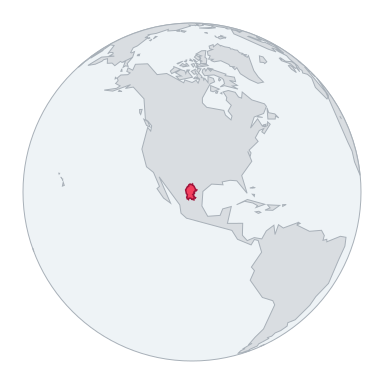 Coahuila highlighted on a globe, orthographic projection
{"feature_id": "MEX-2708", "entity_name": "Coahuila", "entity_type": "State", "adm_level": 1, "iso_a3": "MEX", "parent_name": "Mexico", "parent_adm1": "", "projection": "orthographic", "projection_center": [-101.519, 27.229], "detail": "fine", "context": "on_globe", "style": "filled", "palette": "rose", "viewbox_px": 384, "rotation_deg": 0, "n_neighbors": 0, "source": "natural_earth", "source_scale": "10m", "svg_char_len": 11247}
<svg xmlns="http://www.w3.org/2000/svg" viewBox="0 0 384 384"><circle cx="192" cy="192" r="169" fill="#eef3f6" stroke="#a8b0b8"/><path d="M32.9,248.4L33.3,249.6L32.9,248.4ZM258.2,240.5L254.4,239.5L251.1,244.9L237.5,239.3L231.9,230.4L186.5,218.2L181.0,213.2L179.8,204.9L159.1,176.8L170.6,203.2L163.6,198.1L157.0,188.6L159.5,186.4L153.5,172.4L146.5,166.8L141.9,149.1L147.7,127.4L150.7,131.1L151.7,125.9L148.0,121.2L145.4,119.4L144.0,98.8L133.3,87.1L125.4,88.4L130.6,84.6L112.8,91.1L104.2,90.1L116.7,88.3L120.1,85.9L115.6,83.5L118.1,80.7L117.3,78.0L120.8,75.0L127.8,74.7L130.1,72.9L126.8,71.4L128.1,67.8L132.7,70.2L135.4,64.3L147.7,63.8L157.1,74.6L166.7,73.5L183.7,82.8L184.9,80.0L192.1,82.5L196.1,80.3L198.1,83.1L199.7,79.1L197.1,77.0L196.9,74.6L199.0,73.3L201.9,76.5L201.3,77.6L203.3,77.9L203.8,80.1L204.8,78.3L208.0,82.6L208.0,76.5L213.3,78.4L214.6,81.8L210.2,83.8L202.4,98.0L202.4,102.9L206.7,107.3L223.8,110.4L225.5,115.2L231.0,119.9L232.0,116.0L228.1,111.0L231.3,105.3L226.2,100.3L226.8,97.5L223.2,91.9L228.3,90.5L235.2,92.3L238.5,97.0L241.6,98.1L242.2,92.0L251.8,99.9L264.4,103.8L266.4,106.4L263.6,113.5L254.2,117.0L250.5,128.1L257.6,118.8L262.4,126.2L265.2,126.7L267.6,125.4L267.6,121.9L270.2,124.2L264.3,133.7L261.8,131.8L263.7,128.6L259.3,130.5L255.3,137.8L258.1,141.4L249.1,150.1L251.0,152.9L250.1,156.7L247.7,151.4L251.8,161.3L241.7,175.5L247.1,193.3L236.8,180.8L230.0,180.3L222.2,181.9L223.0,184.8L211.6,184.1L202.9,191.4L201.9,206.0L207.7,216.3L220.1,215.4L222.7,208.9L231.3,206.5L227.4,223.4L242.7,223.3L242.4,235.3L247.2,240.6L254.3,237.6L261.8,238.9L266.3,230.9L273.9,225.2L275.0,234.5L278.5,224.7L283.3,228.0L297.9,222.6L297.0,225.1L309.5,231.3L321.5,230.3L324.3,235.5L323.0,240.3L326.8,239.3L326.8,241.8L340.4,236.3L346.0,237.3L344.9,246.1L338.4,260.3L328.5,283.4L315.8,296.6L309.8,305.3L295.1,319.8L287.8,322.7L287.1,326.1L280.7,330.6L275.2,332.9L271.8,336.1L267.6,337.6L268.7,338.5L258.5,344.0L257.5,345.9L249.3,349.6L248.8,350.4L246.9,350.9L244.0,351.9L242.6,352.6L238.3,353.1L240.8,350.7L245.1,348.6L242.6,349.0L252.1,343.3L248.3,345.0L255.1,337.2L263.5,329.0L274.7,304.9L272.8,300.7L262.4,297.5L250.2,280.2L254.5,270.7L251.4,267.1L261.6,252.2L258.2,240.5ZM62.4,186.1L63.2,182.2L64.3,185.4L62.4,186.1ZM62.7,179.4L62.6,180.8L62.4,179.6L62.7,179.4ZM61.8,178.2L62.4,179.1L61.6,178.5L61.8,178.2ZM60.6,177.0L61.3,177.5L61.2,177.6L60.6,177.0ZM247.4,199.5L264.8,204.3L256.0,207.5L257.5,205.6L252.9,203.0L244.6,201.3L236.6,204.7L247.4,199.5ZM59.1,174.1L58.8,173.2L59.6,173.3L59.1,174.1ZM252.7,188.1L249.8,188.0L252.5,187.3L252.7,188.1ZM143.8,119.2L147.7,121.5L150.1,127.0L146.5,125.4L143.8,119.2ZM139.6,109.5L142.1,109.4L140.7,114.5L139.7,112.9L139.6,109.5ZM119.3,90.3L122.0,91.5L118.5,91.4L119.3,90.3ZM116.6,78.2L115.1,78.9L115.4,77.3L116.6,78.2ZM220.6,93.2L221.9,92.6L221.9,93.9L220.6,93.2ZM217.9,91.4L217.0,93.4L215.5,92.9L216.1,91.7L217.9,91.4ZM120.8,71.3L121.8,68.8L122.0,71.3L120.8,71.3ZM219.3,89.1L213.1,91.8L210.6,90.9L210.7,85.6L219.3,89.1ZM123.1,67.3L125.3,61.6L122.0,62.4L132.6,57.3L127.2,63.6L128.1,66.4L125.6,65.8L123.1,67.3ZM195.3,76.9L198.2,79.1L193.8,78.6L195.3,76.9ZM192.5,77.2L179.4,79.9L176.2,76.3L181.3,76.0L175.6,72.8L180.5,69.7L184.8,70.8L185.8,73.6L186.9,70.3L192.5,77.2ZM138.1,55.7L139.6,54.4L139.3,55.7L138.1,55.7ZM196.4,73.6L194.1,74.3L191.2,71.3L195.4,69.3L195.0,70.9L196.4,73.6ZM171.7,73.6L170.3,71.1L173.9,67.9L173.8,66.6L180.4,69.3L171.7,73.6ZM196.7,71.0L197.6,68.5L201.0,68.8L198.6,72.8L196.7,71.0ZM188.6,71.4L187.5,69.9L189.5,70.0L188.6,71.4ZM213.3,69.1L210.5,69.7L208.8,68.1L213.3,69.1ZM197.8,67.5L196.6,67.4L195.6,67.0L196.9,65.5L197.8,67.5ZM182.5,67.0L184.3,66.3L180.0,65.7L182.5,63.5L186.4,65.8L185.8,63.9L186.6,63.2L188.9,65.9L182.5,67.0ZM195.1,62.6L201.0,65.2L206.5,64.3L208.2,65.6L199.0,67.0L195.1,62.6ZM191.3,64.3L194.0,63.5L194.8,65.4L193.3,67.1L191.3,64.3ZM182.8,61.2L177.9,64.0L177.2,63.4L182.8,61.2ZM196.6,61.9L195.2,61.4L196.9,61.7L196.6,61.9ZM186.9,61.0L185.3,61.9L184.5,61.3L186.9,61.0ZM193.6,59.5L195.5,60.3L194.6,61.4L193.6,59.5ZM190.4,59.8L189.8,58.7L193.1,61.3L189.8,60.4L190.4,59.8ZM186.5,60.2L185.5,60.1L187.3,59.9L186.5,60.2ZM196.1,55.1L200.5,58.1L198.4,60.4L194.4,57.1L196.1,55.1ZM244.5,352.4L238.1,353.4L242.2,352.8L247.7,350.8L250.0,350.5L244.5,352.4ZM259.5,346.6L264.3,344.4L264.7,344.4L261.5,345.9L259.5,346.6ZM299.9,62.0L299.2,61.9L302.8,64.8L303.5,65.1L307.1,68.3L305.2,67.7L311.4,75.1L325.7,92.2L328.0,97.1L327.0,99.0L315.4,87.4L311.6,77.8L307.4,74.3L302.7,73.0L302.0,70.4L299.6,69.0L297.6,65.7L289.4,58.9L286.6,55.7L278.2,51.4L275.6,49.4L281.3,52.4L283.8,53.1L276.1,46.5L273.1,44.7L268.2,42.7L266.7,41.4L263.0,40.3L256.1,36.7L261.4,40.5L255.9,38.9L248.9,36.2L248.0,36.5L259.4,41.1L263.1,42.4L264.8,42.3L275.7,47.5L279.4,50.2L271.7,48.0L276.1,51.9L268.1,49.1L242.1,37.4L233.9,33.9L231.4,29.7L236.3,30.7L239.6,32.5L241.3,31.6L238.9,31.3L237.6,30.5L232.0,29.4L230.8,28.8L227.4,29.0L225.4,28.2L227.6,28.1L217.5,26.6L211.9,25.3L210.2,25.3L209.9,25.6L202.9,24.2L202.0,24.3L203.9,24.7L203.2,25.3L199.3,26.0L197.1,25.4L198.2,25.1L197.2,24.0L200.5,23.6L199.2,23.5L195.8,23.7L197.0,25.1L195.3,25.7L194.0,24.9L194.4,25.2L192.8,25.4L189.2,25.1L190.3,26.1L176.3,30.4L167.9,31.0L168.3,29.4L156.2,33.4L147.7,34.8L149.5,35.0L144.9,37.8L147.5,37.3L148.0,37.7L137.4,45.9L133.2,47.8L130.6,52.6L131.5,52.9L134.5,51.6L132.6,57.3L122.0,62.4L120.4,61.4L114.8,65.7L112.1,63.1L107.3,63.3L107.5,58.7L103.6,59.7L101.9,61.3L95.3,64.2L87.9,65.4L101.6,57.1L114.3,56.2L109.8,55.7L113.1,53.8L112.9,52.5L109.5,52.6L107.7,53.8L114.1,45.6L110.5,44.8L105.2,48.5L99.9,51.7L91.2,56.5L91.3,56.3L101.1,49.6L111.3,43.6L121.9,38.3L132.8,33.8L144.0,30.0L155.5,27.0L167.1,24.9L178.8,23.6L190.7,23.0L202.5,23.4L214.3,24.5L225.9,26.5L237.4,29.3L248.7,32.8L259.7,37.2L270.4,42.3L280.7,48.2L290.5,54.7L299.9,62.0ZM360.1,175.4L359.7,174.3L354.5,161.8L352.1,151.2L348.1,142.8L328.5,98.1L328.3,95.2L317.4,78.8L316.7,78.0L317.1,78.4L324.8,87.5L331.9,97.2L338.3,107.4L343.9,118.0L348.8,129.0L352.8,140.2L356.1,151.8L358.5,163.5L360.1,175.4ZM339.8,116.2L341.5,118.8L339.8,116.2ZM298.3,222.3L300.2,223.4L298.0,224.4L298.3,222.3ZM255.4,211.8L258.8,211.3L260.8,212.4L258.3,213.4L255.4,211.8ZM282.6,204.7L286.2,204.5L282.7,206.4L282.6,204.7ZM267.4,204.8L279.7,205.4L272.8,210.3L265.0,210.1L270.1,207.9L267.4,204.8ZM252.3,194.2L254.6,194.4L254.3,196.4L252.3,194.2ZM254.7,187.7L253.9,188.0L252.6,186.7L254.7,187.7ZM262.7,125.6L263.3,124.9L266.1,124.2L265.3,126.0L262.7,125.6ZM274.8,113.9L278.8,117.9L275.5,116.1L275.2,119.0L267.9,119.0L267.0,107.8L268.7,112.7L274.8,113.9ZM257.9,116.5L262.7,117.4L257.5,116.9L257.9,116.5ZM288.4,65.7L289.5,65.0L292.9,67.3L296.4,72.6L291.5,69.2L288.4,65.7ZM290.2,63.7L281.5,60.7L279.0,57.8L281.9,59.8L281.1,58.2L285.5,61.2L291.6,61.7L295.0,63.9L299.7,71.7L296.3,67.7L295.4,68.4L290.2,63.7ZM263.8,62.5L260.0,62.2L259.4,55.9L263.0,56.9L266.8,61.8L264.7,63.6L263.8,62.5ZM220.7,79.8L219.3,81.0L218.5,80.0L219.0,78.2L220.7,79.8ZM212.1,69.5L226.0,74.2L225.1,75.6L234.4,77.2L235.6,81.7L229.5,80.4L237.4,85.4L232.4,86.0L238.0,89.1L224.5,85.7L220.3,86.9L224.5,83.8L223.5,79.6L221.8,78.1L214.0,74.9L204.6,75.7L202.1,72.1L202.9,69.3L204.7,68.5L205.8,71.0L207.6,68.2L210.5,71.3L212.1,69.5ZM213.1,44.6L213.5,46.8L217.6,43.6L220.5,45.9L220.8,45.4L224.6,46.8L229.8,47.7L230.5,49.0L232.2,48.9L234.7,49.9L237.3,50.2L239.5,52.7L242.8,53.4L241.9,54.2L247.1,54.8L244.2,55.6L247.3,57.3L248.4,55.6L253.8,70.6L258.3,77.0L263.5,82.1L257.9,83.3L249.4,79.5L240.3,73.7L236.8,67.7L234.9,69.6L232.7,67.4L235.1,66.8L230.1,66.4L228.9,64.5L220.8,60.7L214.2,61.8L211.1,60.6L213.1,59.3L208.6,59.1L210.2,55.9L208.0,55.1L207.4,51.3L212.6,49.5L209.7,48.7L209.1,46.1L213.1,44.6ZM196.1,54.0L201.6,50.8L205.8,50.6L205.0,57.4L206.8,58.6L206.4,63.4L200.2,63.6L200.9,62.2L200.1,60.9L202.4,61.3L200.0,60.0L200.8,58.1L199.2,56.6L201.4,55.9L196.1,54.0ZM312.2,73.9L310.9,72.4L314.1,75.4L315.1,76.7L312.2,73.9ZM307.4,69.3L310.6,72.1L309.5,71.3L307.4,69.3ZM279.8,51.2L278.1,49.8L279.0,50.1L281.2,51.4L279.8,51.2ZM225.8,37.3L225.4,38.2L224.2,37.9L220.1,39.0L217.7,37.6L219.1,36.5L225.8,37.3ZM222.4,36.0L221.1,36.5L220.7,35.5L222.4,36.0ZM215.6,36.8L214.7,35.6L216.9,37.6L215.6,36.8ZM199.2,28.0L207.6,27.7L212.0,27.3L211.9,26.4L215.7,27.8L208.9,28.5L199.2,28.0ZM179.4,30.0L179.5,31.3L177.0,31.2L176.7,30.9L179.4,30.0ZM181.1,30.4L185.8,31.2L184.3,32.3L180.9,31.4L181.1,30.4ZM204.4,32.6L207.0,32.5L207.3,33.3L204.4,32.6ZM33.0,249.2L33.9,251.6L33.8,251.2L33.0,249.2ZM33.3,249.6L32.6,248.0L32.9,248.4L33.3,249.6ZM82.0,63.7L86.1,60.6L81.0,65.2L78.7,67.1L78.5,66.9L81.2,64.5L82.0,63.7ZM85.9,61.1L88.6,58.8L101.9,50.7L103.4,50.3L90.6,58.2L92.4,56.5L90.0,57.9L85.9,61.1ZM138.1,54.3L139.5,54.4L137.6,55.2L138.1,54.3ZM149.6,37.5L149.9,38.1L147.7,38.8L149.6,37.5ZM149.8,40.5L152.0,39.2L150.6,40.8L149.8,40.5ZM156.8,36.6L153.3,38.9L155.4,36.4L156.8,36.6Z" fill="#d9dde1" stroke="#a8b0b8" stroke-width="1"/><path d="M190.0,184.1L190.1,184.3L190.4,184.3L190.5,184.4L190.8,184.4L191.0,184.4L191.3,184.4L191.7,184.5L191.8,184.5L191.9,184.4L192.0,184.4L191.9,184.5L192.0,184.5L192.1,184.4L192.1,184.5L192.3,184.5L192.4,184.8L192.5,184.9L192.5,185.0L192.7,184.9L192.8,185.0L192.9,185.3L193.0,185.3L193.3,185.5L193.6,185.8L193.8,186.0L193.9,186.3L194.1,186.4L194.2,186.5L194.3,186.8L194.3,187.0L194.5,187.2L194.5,187.3L194.7,187.6L194.8,187.8L194.9,188.0L195.0,188.2L195.0,188.3L195.1,188.5L195.2,188.8L195.3,188.9L195.3,189.0L195.5,189.1L195.8,189.3L195.9,189.5L196.0,189.6L196.1,189.8L196.2,190.0L196.3,190.0L196.2,190.1L196.3,190.1L196.3,190.3L196.5,190.4L196.1,190.8L196.0,190.7L195.5,190.3L195.4,190.4L195.2,190.5L195.0,190.8L194.9,191.4L194.8,191.5L194.7,191.6L194.3,191.7L194.2,191.8L193.9,192.0L193.9,192.5L194.0,192.5L194.2,192.4L194.3,192.4L194.3,192.5L194.5,192.5L194.5,193.0L194.5,193.4L194.4,193.5L194.2,193.7L194.1,193.8L194.0,193.5L192.8,194.5L193.0,194.7L193.1,194.8L193.2,195.0L193.3,195.2L193.5,195.3L193.6,195.5L193.8,195.7L193.8,195.8L193.8,196.0L193.8,196.3L193.9,196.5L194.0,196.6L194.3,196.8L194.5,196.9L194.5,197.0L194.3,197.0L194.2,197.0L194.3,197.1L194.5,197.3L194.8,197.5L195.0,197.5L195.3,197.6L195.5,197.7L195.4,197.8L195.3,198.0L195.2,197.9L195.2,198.0L194.9,198.0L194.7,197.9L194.3,197.9L194.1,198.0L193.9,198.2L193.9,198.3L193.9,198.5L194.0,198.5L193.9,198.8L194.0,199.1L194.0,199.3L193.9,199.7L193.9,199.8L193.6,199.7L193.4,199.7L193.2,199.7L193.0,199.4L192.9,199.3L192.9,199.2L192.7,199.1L192.3,199.3L192.2,199.3L191.7,199.3L191.7,199.2L191.9,199.1L191.8,198.9L191.7,198.9L191.4,198.8L191.3,198.7L191.2,198.5L191.1,198.4L190.3,198.1L190.2,198.1L189.2,198.2L189.0,198.3L188.9,198.3L188.7,198.6L188.6,198.8L188.5,199.4L188.3,199.2L188.1,199.1L187.7,199.0L187.5,198.9L187.4,198.9L187.4,198.7L187.4,198.4L187.2,198.3L187.1,198.2L186.9,198.0L186.9,197.9L186.7,197.7L186.8,197.4L186.9,197.2L186.8,196.9L187.0,196.8L187.1,196.7L187.2,196.4L187.2,196.1L187.2,195.5L187.2,195.4L187.2,195.2L187.3,194.8L187.4,194.7L187.2,194.4L187.0,194.2L186.4,193.7L185.8,190.7L185.6,189.9L186.0,189.3L186.5,188.3L187.2,187.1L187.4,186.7L187.6,186.7L187.7,186.8L187.8,186.8L187.9,186.7L188.0,186.5L188.1,186.4L188.2,186.2L188.3,186.2L188.5,186.1L188.4,186.0L188.5,185.9L188.5,185.7L188.6,185.4L188.7,185.2L188.8,185.1L188.9,184.9L189.0,184.7L189.3,184.5L189.5,184.5L189.8,184.4L189.8,184.2L190.0,184.1Z" fill="#f43f5e" stroke="#9f1239" stroke-width="1.5"/></svg>